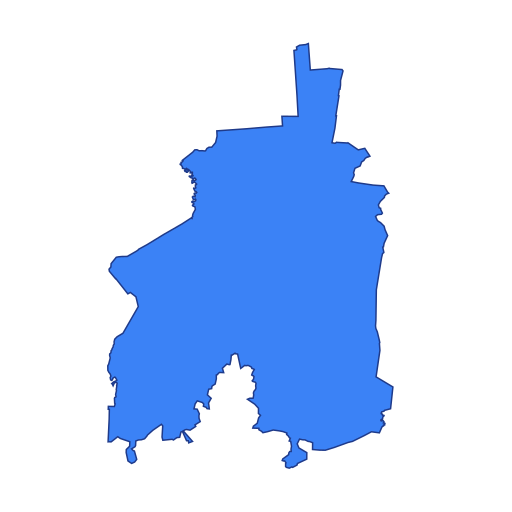 Bikstu pag., Dobele, Latvia (Albers equal-area conic projection), rotated 94°
{"feature_id": "27541924B53901275310050", "entity_name": "Bikstu pag.", "entity_type": "district", "adm_level": 2, "iso_a3": "LVA", "parent_name": "Latvia", "parent_adm1": "Dobele", "projection": "albers", "projection_center": [22.941, 56.67], "detail": "fine", "context": "isolated", "style": "filled", "palette": "blue", "viewbox_px": 512, "rotation_deg": 94, "n_neighbors": 0, "source": "geoboundaries", "source_scale": "gbopen_adm2", "svg_char_len": 6138}
<svg xmlns="http://www.w3.org/2000/svg" viewBox="0 0 512 512"><g transform="rotate(94 256 256)"><path d="M110.6,186.2L90.4,184.4L90.3,185.0L83.8,184.6L83.8,183.9L79.7,183.6L74.9,183.9L65.3,182.1L64.0,183.2L63.8,196.1L63.6,196.2L64.2,198.0L66.7,214.8L40.4,218.6L41.6,221.1L42.7,227.2L44.7,230.2L47.2,229.6L47.5,229.8L48.3,232.5L92.3,226.4L113.8,223.7L114.8,239.9L124.4,238.6L126.7,254.8L129.8,274.7L133.9,303.8L139.2,303.2L145.6,304.2L150.5,307.7L150.8,310.6L152.2,312.5L154.6,313.7L154.8,314.6L154.7,317.0L155.0,320.1L154.1,322.3L154.4,324.5L156.9,326.4L165.6,336.0L165.8,335.4L166.4,335.5L167.2,336.0L167.8,337.3L169.0,337.1L169.6,337.5L169.6,338.0L170.0,338.0L170.6,336.9L172.1,335.7L173.7,335.4L173.7,334.5L174.2,333.1L175.1,332.6L175.8,333.2L176.6,332.7L176.7,331.9L175.6,331.5L176.9,331.5L177.3,331.2L177.2,330.2L175.9,329.3L174.5,330.8L174.3,331.8L173.6,331.8L173.4,331.4L173.8,331.1L174.5,329.2L176.0,327.6L176.7,327.3L177.6,327.5L177.7,326.4L176.9,326.0L176.8,325.7L176.9,325.3L179.1,325.2L179.7,325.7L180.2,324.9L180.2,324.5L180.6,324.6L181.0,326.3L181.0,327.1L180.8,327.7L181.1,328.2L181.4,328.1L182.6,326.1L182.7,324.9L183.8,324.1L183.5,323.6L182.6,323.1L182.5,322.6L182.7,322.1L183.8,321.1L184.5,321.5L185.1,322.8L185.1,323.5L184.7,324.4L185.0,325.1L187.3,325.1L187.9,324.8L187.7,324.3L186.9,323.5L186.5,322.4L188.4,320.2L188.9,320.4L189.3,321.4L190.7,321.4L192.2,320.8L192.7,321.6L192.7,322.9L193.0,322.9L195.5,321.5L195.7,321.2L195.9,320.2L196.7,319.5L197.5,320.0L197.5,321.4L197.9,322.0L198.5,322.0L199.7,320.8L201.1,320.9L200.7,322.2L200.8,322.9L201.6,323.6L203.9,322.5L204.0,321.7L203.4,320.3L204.2,319.9L205.1,320.1L205.9,321.1L206.0,321.5L205.7,322.3L205.7,323.2L206.4,323.8L207.0,323.6L207.7,322.0L208.0,321.7L208.8,321.7L209.6,322.8L210.1,322.9L210.5,322.5L211.2,320.4L213.6,319.7L218.0,321.7L219.9,322.1L221.2,321.9L222.1,322.9L223.0,322.5L222.9,323.7L229.2,332.1L240.9,349.5L252.3,365.5L257.5,373.6L258.1,373.9L259.5,375.6L265.4,384.4L265.9,390.1L266.4,393.1L267.0,395.3L273.7,400.0L277.1,400.0L279.4,401.7L281.5,401.2L288.5,394.5L288.3,394.3L302.7,381.2L301.1,378.8L305.1,372.9L314.7,369.9L342.3,383.3L346.2,388.9L348.8,391.1L351.5,391.6L353.5,391.3L355.0,392.1L356.7,392.2L358.5,393.1L359.6,393.2L360.4,393.9L362.7,394.0L363.9,395.1L365.3,395.1L367.9,394.3L374.0,395.4L375.9,396.2L380.4,395.8L382.4,394.6L383.5,393.5L385.2,392.6L386.1,392.4L387.4,393.0L389.6,392.4L390.2,391.6L389.9,390.9L388.9,390.4L388.0,390.3L386.7,388.6L386.9,387.8L389.6,386.1L389.9,386.2L391.7,389.5L393.4,391.0L393.9,390.3L395.4,389.5L392.9,388.6L392.2,388.0L391.9,387.1L392.1,386.1L392.7,385.6L395.0,386.0L395.2,385.8L399.1,386.1L400.0,385.8L404.0,386.4L406.0,385.8L406.4,385.9L407.0,387.0L407.8,387.3L412.8,386.7L413.3,386.2L416.0,386.8L416.3,392.8L419.2,392.7L419.2,391.6L429.0,391.1L451.7,390.6L451.6,389.9L451.5,387.5L445.9,381.3L447.5,378.6L450.1,368.9L454.6,368.8L458.1,371.9L461.1,371.8L469.4,369.4L471.6,365.6L470.0,362.7L467.2,360.8L459.0,363.7L458.7,364.9L457.1,366.7L454.7,363.4L453.5,362.9L448.9,363.0L447.7,360.4L447.3,357.5L446.1,354.4L443.3,352.3L442.2,351.8L436.9,346.6L430.5,338.6L432.0,337.2L443.2,337.1L446.3,336.1L444.7,326.9L445.3,325.5L442.7,322.3L442.2,319.5L436.8,318.6L436.2,317.1L445.1,312.4L445.0,310.6L447.1,310.1L445.4,306.4L435.5,316.4L434.3,314.6L433.9,313.3L434.3,309.6L430.2,304.2L428.7,305.1L425.1,300.1L421.9,301.5L419.1,301.8L417.4,301.5L412.9,304.0L412.8,307.2L407.8,306.4L404.6,304.5L405.9,299.3L407.3,297.8L409.6,298.0L410.4,295.2L411.7,294.2L411.8,291.9L405.9,293.1L401.1,290.8L397.9,294.8L392.2,293.9L391.4,291.0L389.2,290.9L388.4,290.3L386.6,287.8L381.3,287.0L377.5,287.3L377.0,286.1L375.8,285.5L374.7,284.2L374.6,280.1L370.3,281.7L365.8,277.5L366.3,275.1L366.1,274.4L361.4,273.8L356.6,273.7L356.6,273.0L354.7,270.5L354.9,270.5L355.1,267.5L369.2,263.4L365.9,259.6L366.1,259.0L366.0,257.5L365.7,256.6L365.9,255.5L367.0,253.1L367.5,252.6L368.5,252.3L368.9,250.4L369.3,249.8L372.4,251.3L375.0,252.0L375.5,251.3L375.7,250.3L376.5,249.6L379.1,249.9L380.8,251.1L381.3,250.7L382.0,247.8L383.0,247.1L385.6,247.3L387.8,246.8L389.4,247.3L390.4,248.2L392.0,248.9L393.0,249.0L394.7,248.6L398.0,248.9L398.1,249.3L398.3,252.2L399.5,254.5L403.9,246.9L407.7,242.9L412.9,242.6L414.6,240.4L417.3,242.1L422.8,243.1L425.9,246.7L427.9,247.2L427.7,241.1L429.1,241.0L430.5,238.2L431.8,236.8L430.4,232.1L428.4,226.7L428.8,220.6L429.3,216.7L430.5,212.8L431.9,213.0L433.2,211.3L435.1,209.9L435.4,209.0L438.2,210.0L438.5,208.5L438.7,208.4L443.3,207.3L446.3,207.6L448.4,207.2L448.6,207.3L448.6,208.5L448.8,208.8L450.1,209.5L451.9,209.6L456.5,215.1L458.2,215.6L458.6,213.9L458.4,213.1L460.3,211.6L460.9,212.0L463.9,211.8L464.7,211.0L465.3,208.0L463.9,205.5L464.3,204.7L461.7,200.5L460.1,200.2L455.1,191.2L448.6,191.6L444.5,199.8L440.5,201.8L435.6,199.8L436.1,196.7L436.0,194.3L437.3,191.1L437.4,189.4L438.3,186.5L445.1,186.1L445.2,179.1L444.9,173.3L441.5,164.5L435.6,151.2L434.2,146.8L427.6,135.5L423.3,128.6L423.8,120.6L417.7,118.4L416.5,116.9L416.0,117.1L415.6,116.8L415.6,115.9L414.0,115.7L413.6,117.3L412.6,116.7L411.7,117.4L411.1,118.1L411.7,119.0L411.7,119.7L411.2,120.0L410.5,119.8L409.6,118.4L407.9,118.3L406.4,117.1L406.1,117.3L406.4,118.0L406.3,118.4L405.9,118.8L405.2,118.7L404.6,119.5L404.7,119.9L404.1,120.2L402.6,119.6L402.6,119.3L401.8,117.4L401.0,117.0L399.0,111.1L377.1,110.3L368.2,127.8L341.5,125.8L334.6,126.8L333.7,126.5L331.1,127.2L323.2,129.7L319.9,131.4L317.3,131.9L311.8,131.9L281.3,133.6L248.7,130.6L244.6,129.9L244.0,129.0L243.5,128.7L238.3,130.2L238.0,129.5L234.4,129.1L226.5,126.1L220.8,129.1L217.3,130.3L214.0,134.1L212.8,136.5L212.0,137.5L208.2,139.5L206.3,137.6L205.6,133.7L204.4,132.9L201.1,134.8L199.7,135.0L199.3,136.5L196.5,137.5L192.9,135.8L188.6,132.0L187.1,131.9L185.2,130.3L184.1,128.0L183.1,129.2L177.1,133.3L177.1,144.0L176.0,158.7L175.1,166.2L169.9,164.1L168.1,163.7L166.2,164.5L161.6,163.4L158.9,158.4L154.8,157.2L153.2,155.1L151.0,153.9L149.4,151.8L149.6,151.5L148.5,149.3L141.0,155.0L143.0,161.4L136.7,172.1L136.9,172.2L137.0,183.2L136.9,183.6L137.9,184.7L138.0,185.6L137.7,188.1L123.1,186.2L110.5,185.5L110.6,186.2Z" fill="#3b82f6" stroke="#1e3a8a" stroke-width="1.5"/></g></svg>